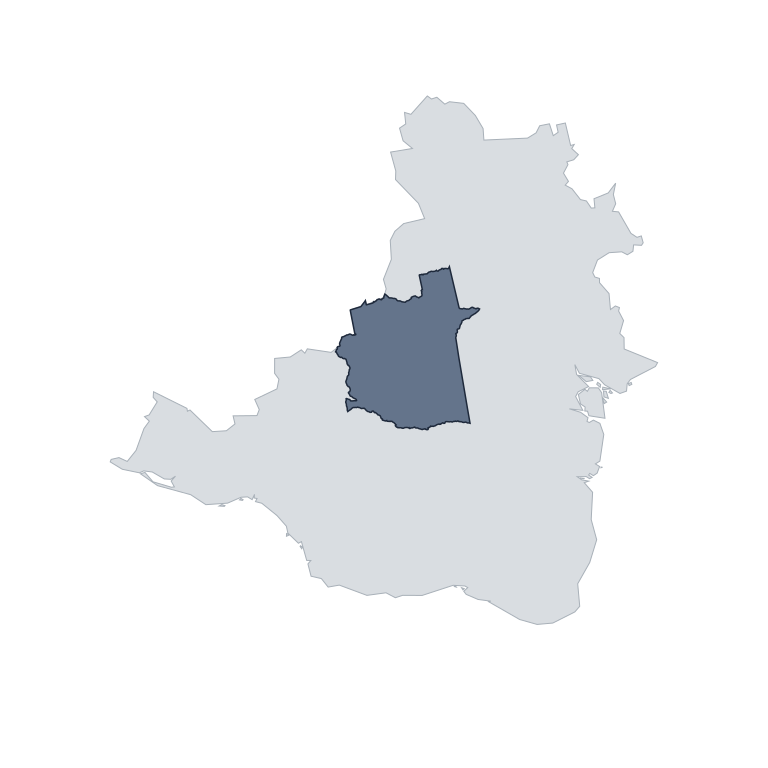 Mato Grosso on a map of Brazil (Mercator projection), rotated 77°
{"feature_id": "BRA-602", "entity_name": "Mato Grosso", "entity_type": "State", "adm_level": 1, "iso_a3": "BRA", "parent_name": "Brazil", "parent_adm1": "", "projection": "mercator", "projection_center": [-55.436, -12.685], "detail": "fine", "context": "in_parent", "style": "filled", "palette": "slate", "viewbox_px": 768, "rotation_deg": 77, "n_neighbors": 0, "source": "natural_earth", "source_scale": "10m", "svg_char_len": 9739}
<svg xmlns="http://www.w3.org/2000/svg" viewBox="0 0 768 768"><g transform="rotate(77 384 384)"><path d="M211.6,155.4L218.9,161.7L228.1,158.7L231.0,162.7L236.1,156.9L248.5,151.1L251.2,145.6L259.2,142.5L259.8,138.9L250.7,137.7L248.3,122.6L240.4,113.1L251.0,117.9L260.5,117.7L267.1,122.6L269.1,116.7L292.8,109.5L298.0,104.5L297.6,100.0L304.7,99.7L306.8,101.9L304.6,109.5L310.7,111.6L312.8,117.8L308.7,122.6L306.7,135.1L311.2,148.1L322.4,155.6L327.2,154.5L329.6,150.3L333.8,151.2L346.5,144.4L362.4,146.6L360.0,141.0L362.5,137.4L365.7,139.0L376.1,136.3L387.8,142.9L392.8,139.7L403.9,142.1L424.7,112.6L428.0,115.6L435.0,142.8L438.5,147.0L445.5,149.3L446.3,156.2L434.4,169.2L427.1,173.4L417.5,191.2L408.0,193.7L418.0,194.2L432.5,185.2L435.3,196.6L439.3,200.1L454.4,196.2L449.9,209.0L455.8,198.8L462.7,192.8L466.1,194.6L467.7,192.7L466.3,188.1L470.9,182.5L482.6,181.2L507.7,191.0L509.4,196.0L512.9,192.5L518.8,196.4L520.4,200.6L517.4,203.6L518.7,205.1L521.8,202.2L522.5,205.0L519.7,207.8L517.8,216.6L521.8,213.0L524.7,206.4L525.2,211.1L536.4,205.1L562.7,212.6L583.6,211.8L604.2,223.7L622.2,240.2L644.6,243.3L649.0,249.3L654.9,273.3L652.7,288.9L644.0,304.8L619.7,331.0L619.6,328.8L615.1,340.8L607.4,351.3L603.9,352.9L601.2,348.2L599.0,350.6L595.7,361.9L598.6,394.4L594.1,413.4L594.8,421.0L587.9,429.0L586.1,448.2L569.9,472.8L569.3,484.1L559.5,488.8L554.9,498.3L542.2,498.6L539.5,495.0L538.5,499.0L519.0,499.9L519.9,503.2L507.6,511.2L500.6,511.1L488.2,517.8L472.7,529.9L469.7,535.7L467.0,533.5L465.9,536.1L462.4,535.0L467.0,538.5L463.3,542.3L462.2,548.8L464.9,563.2L461.5,584.7L448.4,597.2L432.1,627.5L416.7,641.5L416.4,636.8L427.3,631.1L436.8,614.3L437.1,611.4L430.7,613.2L426.9,607.9L428.9,613.2L427.1,619.4L417.6,629.6L414.6,637.7L415.5,642.3L408.2,658.2L398.3,668.3L396.1,666.8L396.1,658.8L401.7,651.6L392.9,640.5L373.4,627.9L367.4,621.0L361.9,624.7L361.3,619.8L350.4,609.0L345.1,611.9L339.7,610.3L363.4,581.5L366.3,581.7L365.7,578.9L391.8,562.0L394.1,548.1L389.4,538.2L381.1,538.2L386.2,514.9L380.9,511.3L370.0,513.4L364.7,489.4L355.7,485.3L349.0,488.2L334.5,484.8L336.6,469.3L332.1,456.9L336.2,454.2L332.5,450.8L341.3,428.4L336.6,418.2L328.8,414.2L329.5,400.5L304.2,400.2L303.3,388.9L298.6,383.4L302.9,383.3L299.6,364.8L291.8,360.5L281.9,361.0L264.2,348.8L245.5,345.6L237.6,339.0L232.1,328.7L232.0,307.2L215.7,309.8L187.4,326.8L179.1,324.6L159.5,325.4L160.9,303.3L151.3,310.7L138.2,311.3L135.5,304.3L124.0,302.9L127.3,297.1L113.1,277.0L117.0,273.6L116.5,268.0L125.0,261.8L123.7,256.7L128.5,243.2L142.9,234.6L157.4,230.0L168.8,231.8L176.7,188.8L173.5,179.3L167.4,174.2L167.7,164.3L180.1,163.2L177.9,157.7L170.4,157.6L170.5,148.6L193.6,148.5L193.4,144.8L196.9,148.1L204.3,143.0L208.2,148.7L208.7,155.9L211.6,155.4ZM441.4,173.9L467.1,176.4L461.0,191.5L456.3,191.8L455.5,194.4L451.7,193.2L447.6,197.0L437.9,197.0L434.4,189.4L436.9,187.5L433.9,184.8L436.0,176.0L441.4,173.9ZM419.5,192.1L423.5,181.2L427.5,179.7L427.2,186.4L419.5,192.1ZM448.5,168.6L446.0,172.6L440.2,171.7L441.1,169.1L448.5,168.6ZM439.7,164.1L438.7,172.4L436.3,171.5L439.7,164.1ZM452.6,173.8L448.9,174.2L447.2,173.6L451.7,171.1L452.6,173.8ZM435.9,174.1L432.1,176.8L430.5,175.4L433.2,173.0L435.9,174.1ZM442.8,166.8L441.0,165.1L444.1,163.4L444.3,165.0L442.8,166.8ZM440.7,145.5L438.6,145.8L438.1,142.8L440.1,142.6L440.7,145.5ZM465.8,572.1L465.0,569.1L466.8,566.3L467.3,567.1L465.8,572.1ZM509.8,510.1L510.4,513.3L507.8,512.6L509.8,510.1ZM464.4,550.9L463.3,549.1L465.1,547.3L465.6,548.1L464.4,550.9ZM521.1,211.1L519.6,214.3L521.2,209.8L521.1,211.1ZM602.4,353.4L599.9,354.3L601.5,351.8L602.4,353.4ZM526.0,501.2L523.4,502.3L522.8,501.7L524.5,500.2L526.0,501.2ZM598.2,359.2L597.2,361.0L596.6,359.9L598.2,359.2ZM514.3,189.8L514.4,191.5L513.7,191.2L514.3,189.8Z" fill="#d9dde1" stroke="#a8b0b8" stroke-width="1"/><path d="M327.9,401.1L304.8,400.3L304.4,400.2L304.2,399.6L303.4,389.2L303.2,388.9L299.3,384.1L298.6,383.4L302.8,383.4L302.9,383.2L302.6,376.7L302.4,376.4L301.8,376.0L301.5,375.5L302.0,375.3L301.9,374.7L301.4,373.7L301.1,372.6L300.4,372.0L300.2,371.7L300.2,370.6L300.0,370.1L300.2,369.2L300.8,368.8L301.3,367.5L300.9,367.2L301.0,367.0L300.6,366.6L300.4,366.3L300.1,364.9L298.7,364.4L298.5,364.1L297.6,363.7L296.6,362.9L297.5,362.1L299.9,360.4L301.0,359.8L301.3,359.5L301.8,357.4L302.9,355.2L303.0,354.3L303.9,353.1L304.4,352.8L305.3,352.6L306.1,351.8L306.7,349.5L307.9,348.1L309.1,345.1L309.1,344.8L308.6,344.0L308.2,343.0L308.2,341.2L308.1,340.8L307.6,340.1L306.9,338.2L306.5,338.0L306.0,338.1L305.7,337.9L305.5,337.3L305.4,336.5L305.2,335.8L305.2,334.5L305.2,333.7L306.5,332.6L306.8,332.1L307.1,331.5L307.6,331.1L307.9,330.7L307.2,329.2L307.0,328.1L306.6,327.3L305.7,326.9L304.6,326.8L304.0,326.9L303.3,326.7L302.6,326.3L302.4,326.4L301.5,326.8L300.7,326.0L300.5,325.8L300.6,325.4L286.3,325.2L285.8,325.1L285.6,324.6L285.8,323.3L285.6,322.3L285.8,322.1L286.1,322.1L286.4,321.3L286.3,321.2L285.9,320.8L286.3,317.3L286.2,316.9L285.6,316.2L285.0,314.9L285.1,313.8L284.8,313.0L284.9,312.1L285.5,311.0L285.4,310.3L285.6,309.4L285.3,307.8L285.0,307.4L285.6,307.1L286.2,306.0L285.6,305.1L285.2,303.7L285.2,302.9L285.1,302.6L285.0,302.4L284.5,302.0L284.4,301.7L284.6,301.1L284.6,300.6L285.5,300.3L285.5,300.0L285.1,299.0L285.1,298.5L285.5,297.2L286.1,295.8L285.8,295.0L284.4,293.9L326.7,293.7L327.6,293.1L328.0,291.9L328.5,290.9L328.2,289.1L328.8,288.4L329.2,287.3L329.6,286.7L329.6,286.1L330.1,284.7L329.8,283.3L329.1,281.5L329.1,280.7L329.4,280.1L330.2,279.5L330.5,278.7L331.2,277.9L331.4,277.2L331.1,276.3L331.3,275.3L332.4,274.0L333.5,275.0L334.6,276.7L335.1,278.1L335.8,278.9L335.9,280.0L336.5,281.3L336.7,282.3L337.0,283.0L337.2,283.7L338.1,284.7L338.3,285.2L339.2,286.2L339.3,286.4L338.9,287.8L338.9,288.7L338.7,289.4L339.1,290.1L339.2,291.0L339.2,291.6L339.7,292.3L339.9,293.6L340.1,293.8L341.4,294.3L342.9,295.4L343.2,296.0L343.8,296.5L346.8,298.0L347.0,298.3L347.1,298.9L347.1,300.0L347.3,300.3L347.9,300.6L349.1,300.6L350.4,301.0L350.7,301.6L350.9,302.4L351.3,302.8L352.6,302.5L353.0,302.7L353.7,302.9L354.3,303.4L355.5,303.8L355.6,303.7L374.5,305.1L426.9,308.2L441.6,309.0L441.0,310.1L440.7,311.5L439.8,312.5L439.5,313.1L439.4,313.4L439.5,314.2L439.3,315.4L439.0,316.0L438.1,317.1L438.0,318.0L437.6,318.5L437.7,319.0L437.3,319.7L437.0,319.8L436.6,320.4L436.6,320.7L436.8,321.2L436.8,321.8L436.6,322.3L436.2,322.8L436.4,323.6L436.1,324.3L436.4,326.1L436.3,326.4L436.0,326.7L435.7,327.3L435.6,328.9L435.3,329.6L434.6,331.9L434.6,332.3L434.8,332.7L435.1,333.1L435.8,333.5L435.9,333.8L435.8,334.6L435.1,335.3L435.0,335.7L435.3,336.3L435.5,337.4L436.0,337.8L435.9,338.1L435.7,338.4L435.8,339.0L435.4,339.4L435.4,340.0L435.6,342.1L436.0,342.7L436.2,343.2L436.2,343.7L436.4,345.5L436.1,345.8L436.1,346.4L435.9,347.3L435.9,347.8L435.6,347.9L435.5,348.1L435.7,348.3L436.2,348.7L436.6,350.8L437.1,350.8L437.0,351.1L437.4,351.2L438.2,351.3L438.3,351.8L438.0,352.9L437.8,353.2L437.1,353.7L437.1,353.8L437.3,354.0L436.8,354.6L436.9,355.3L436.8,356.3L437.0,356.8L436.6,357.8L435.8,358.9L435.6,359.7L434.4,361.1L434.2,362.1L433.9,363.1L433.5,363.5L432.9,363.7L433.0,365.2L433.2,365.9L433.1,366.6L432.9,367.2L433.0,368.3L433.2,368.6L433.2,368.9L432.9,369.3L432.1,369.4L432.2,370.0L431.6,371.1L431.4,371.8L431.4,372.4L431.1,373.4L431.5,374.9L431.2,375.7L431.3,375.8L430.9,376.7L430.5,377.1L430.1,378.4L430.1,379.2L429.8,379.5L429.7,380.4L429.1,380.8L428.8,381.5L427.7,382.1L427.3,382.3L426.9,382.2L426.8,381.6L426.6,381.4L426.2,381.8L425.4,382.0L424.8,382.5L424.0,382.9L423.1,384.0L422.7,384.2L422.1,384.7L422.0,385.0L422.1,385.8L421.7,386.2L421.6,386.6L421.7,387.3L421.4,387.9L421.2,388.8L420.7,389.6L420.2,389.6L420.3,390.4L420.4,390.8L419.6,392.3L419.1,392.9L419.0,393.4L418.6,393.7L417.7,393.5L417.6,393.8L416.8,394.5L415.0,394.7L414.0,394.9L413.0,396.2L412.6,397.0L412.2,397.1L411.3,397.6L411.0,398.0L409.9,398.6L409.8,399.7L409.5,399.9L408.3,400.3L407.9,400.7L407.8,401.6L407.9,401.9L408.7,402.5L408.5,404.0L407.6,404.8L407.4,405.7L406.0,407.1L403.9,408.2L403.1,408.9L403.2,409.1L402.9,410.5L402.9,411.3L402.6,411.9L402.3,412.1L401.5,413.1L401.2,414.0L400.8,414.5L400.6,414.9L400.8,416.0L400.5,416.7L400.3,418.0L400.2,418.2L400.0,419.4L400.2,420.2L401.4,422.2L401.9,423.8L402.7,425.5L401.4,425.7L399.4,425.3L397.6,425.3L397.4,425.4L397.0,425.5L395.0,425.2L393.3,425.4L392.8,425.3L391.4,424.5L390.4,424.2L389.9,424.3L389.7,423.9L389.9,423.4L390.6,422.5L391.1,421.6L391.3,421.0L391.7,420.7L392.8,420.4L393.0,420.2L393.5,418.0L393.5,417.1L394.0,415.2L394.0,414.5L393.9,414.4L392.9,414.5L392.0,415.2L391.5,416.0L390.3,417.4L388.9,418.3L388.4,419.3L387.8,419.8L387.0,419.8L386.3,420.0L384.9,420.6L384.3,420.6L384.0,420.3L383.8,419.2L382.3,418.2L381.2,418.1L379.9,418.3L379.2,418.6L378.8,418.8L378.4,419.5L376.9,420.3L376.1,420.3L374.7,420.6L373.3,420.7L371.8,419.9L371.1,419.3L368.3,418.0L367.8,417.3L367.5,416.7L367.0,416.3L366.0,416.0L365.7,416.0L364.9,415.9L364.0,415.2L362.0,414.5L361.6,413.8L361.3,413.7L360.5,413.5L358.6,413.9L357.6,414.9L356.9,414.9L356.2,415.4L355.7,415.4L355.1,415.2L352.7,415.4L351.5,415.4L351.1,415.7L350.9,416.2L350.3,416.6L350.2,417.8L349.6,418.5L348.4,419.2L348.4,420.3L347.0,421.8L346.3,422.2L345.3,422.3L344.6,422.7L342.3,423.3L342.1,423.5L341.6,424.5L341.6,423.7L341.3,423.3L340.8,423.2L339.8,422.6L339.7,422.0L339.3,421.5L338.2,421.4L338.1,421.5L337.5,421.1L337.2,420.6L337.2,418.8L336.9,418.3L336.3,418.1L335.6,418.3L335.1,418.3L334.1,418.0L333.5,417.5L332.9,417.2L332.2,416.5L331.5,416.2L331.1,415.6L330.6,415.4L330.1,415.0L329.5,414.9L329.0,414.7L328.8,414.2L328.7,412.4L328.4,411.6L328.3,410.6L328.0,409.9L327.8,409.2L328.0,408.5L327.6,406.2L328.0,405.3L329.4,403.7L329.6,403.2L329.3,402.7L329.3,402.4L329.6,402.1L329.7,401.9L329.6,400.5L329.5,400.4L328.9,400.4L328.5,401.0L327.9,401.1Z" fill="#64748b" stroke="#1e293b" stroke-width="1.5"/></g></svg>